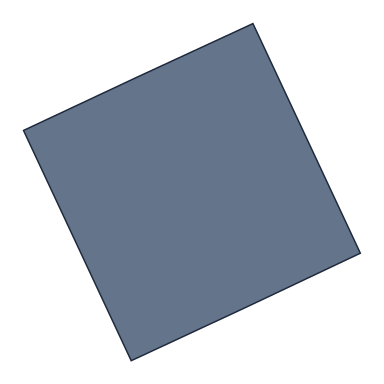 outline of Lake, South Dakota, United States of America, rotated 155°
{"feature_id": "52423323B90416567000763", "entity_name": "Lake", "entity_type": "district", "adm_level": 2, "iso_a3": "USA", "parent_name": "United States of America", "parent_adm1": "South Dakota", "projection": "mercator", "projection_center": [-97.164, 44.022], "detail": "fine", "context": "isolated", "style": "filled", "palette": "slate", "viewbox_px": 384, "rotation_deg": 155, "n_neighbors": 0, "source": "geoboundaries", "source_scale": "gbopen_adm2", "svg_char_len": 249}
<svg xmlns="http://www.w3.org/2000/svg" viewBox="0 0 384 384"><g transform="rotate(155 192 192)"><path d="M65.6,318.9L192.2,319.3L318.7,319.0L318.4,64.8L191.9,64.7L65.3,65.4L65.6,318.9Z" fill="#64748b" stroke="#1e293b" stroke-width="1.5"/></g></svg>